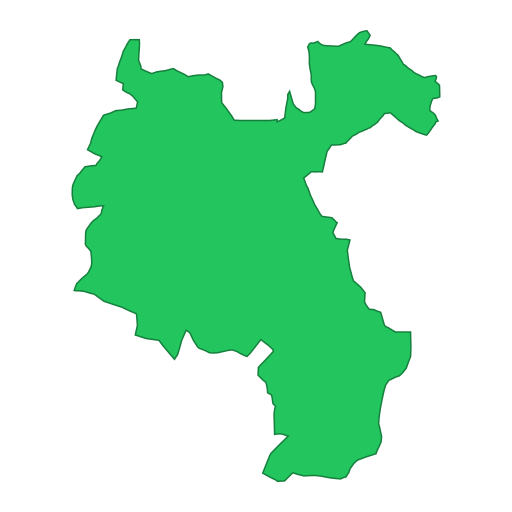 Al-Mosul, Ninawa, Iraq
{"feature_id": "34846034B66599568712680", "entity_name": "Al-Mosul", "entity_type": "district", "adm_level": 2, "iso_a3": "IRQ", "parent_name": "Iraq", "parent_adm1": "Ninawa", "projection": "natural_earth1", "projection_center": [43.075, 36.099], "detail": "fine", "context": "isolated", "style": "filled", "palette": "green", "viewbox_px": 512, "rotation_deg": 0, "n_neighbors": 0, "source": "geoboundaries", "source_scale": "gbopen_adm2", "svg_char_len": 5502}
<svg xmlns="http://www.w3.org/2000/svg" viewBox="0 0 512 512"><path d="M438.1,121.0L437.0,119.1L435.3,115.0L433.5,113.2L429.8,110.5L430.0,107.0L430.5,104.5L431.6,101.3L432.6,98.9L433.5,98.4L437.3,97.9L439.8,96.8L439.5,85.2L438.6,84.3L435.1,81.3L436.1,78.9L436.5,76.8L435.5,75.5L432.5,75.9L428.1,76.6L424.4,77.6L422.0,76.6L419.2,75.1L415.9,73.6L414.0,72.5L411.7,70.4L408.6,68.4L407.3,67.4L405.8,65.7L403.3,64.3L402.2,62.2L399.0,56.9L398.1,55.2L395.8,53.4L394.6,52.0L392.2,50.1L390.2,47.9L385.5,47.1L381.4,46.1L375.9,45.3L367.3,44.5L364.9,44.1L366.6,41.2L368.5,38.7L370.1,35.3L369.6,34.5L366.9,30.7L363.3,31.4L359.8,32.5L358.3,33.6L355.4,36.4L352.2,39.9L350.4,41.7L346.3,42.8L340.2,45.5L338.5,46.3L327.1,45.8L323.1,45.3L321.1,44.4L318.8,42.6L317.9,41.5L316.6,42.0L313.4,43.1L310.6,43.0L309.2,44.1L308.4,45.7L307.9,46.5L307.8,47.6L308.2,48.7L308.9,51.5L309.2,53.8L309.4,57.4L309.4,60.1L309.3,63.5L310.0,68.4L310.6,71.6L311.2,74.3L311.2,76.3L311.2,79.8L311.5,82.2L312.4,84.4L314.2,87.9L315.5,91.6L315.5,94.8L315.5,101.4L315.5,103.8L314.9,107.3L314.6,108.9L309.7,112.4L303.7,112.6L300.9,111.1L298.6,109.1L296.5,108.0L294.6,105.7L293.3,104.0L291.5,98.1L289.6,91.3L287.8,94.4L287.7,98.4L286.0,107.3L285.2,113.4L284.7,118.0L279.7,120.7L277.2,121.8L277.1,119.7L269.3,120.5L252.2,120.5L240.8,120.5L234.2,120.2L231.7,116.0L226.3,108.4L221.7,102.7L221.5,96.2L221.5,92.5L222.9,86.6L222.4,82.4L219.9,80.1L215.1,77.8L208.3,73.9L204.4,75.0L199.2,75.0L193.5,75.6L188.2,76.7L186.4,75.6L183.5,73.9L176.9,70.8L173.9,68.8L172.1,68.8L169.3,69.6L164.8,70.8L161.6,71.1L156.6,71.9L151.8,73.6L145.7,71.1L140.9,68.8L140.9,66.3L140.0,64.0L139.1,61.7L138.6,60.3L138.8,55.2L139.3,48.7L139.5,43.1L139.3,39.7L130.0,39.7L127.4,43.6L124.9,48.5L123.3,51.2L123.0,52.3L121.7,56.5L120.3,60.2L119.2,63.2L118.1,66.9L117.3,68.6L116.4,77.0L116.1,80.3L120.1,82.2L123.3,83.6L122.7,89.8L125.5,91.8L129.9,93.9L132.9,96.3L137.6,102.0L136.2,108.2L127.4,109.0L122.1,110.1L115.8,110.6L110.6,113.0L103.6,115.2L102.3,117.3L97.2,125.9L95.5,129.4L91.9,138.1L90.5,143.4L87.5,149.7L94.9,153.9L101.8,156.7L99.5,160.7L97.2,163.3L95.8,165.5L92.2,165.7L89.4,166.1L85.0,166.8L82.0,170.3L79.5,173.6L77.2,175.5L76.2,177.7L74.7,180.8L73.0,184.7L72.4,187.3L72.3,190.4L72.2,195.0L72.9,199.6L74.5,204.2L77.5,208.6L82.6,207.7L94.1,206.8L100.1,205.9L103.6,205.9L102.0,209.7L101.2,213.6L99.9,215.1L96.7,218.2L93.2,220.8L91.1,223.0L88.6,226.5L87.2,228.5L86.0,230.7L85.6,233.3L85.4,244.2L86.1,245.8L88.9,248.8L90.9,251.4L91.6,258.7L91.7,263.7L91.2,266.5L88.7,271.8L87.0,274.2L84.0,276.6L81.7,278.6L80.2,280.1L78.3,282.1L76.9,283.4L75.6,286.2L74.2,290.4L75.8,290.8L79.0,290.8L83.9,291.3L87.6,292.4L90.8,293.4L94.2,294.1L98.6,297.4L104.0,301.3L115.9,305.3L121.9,307.2L130.3,311.2L136.2,313.6L136.7,316.0L137.4,325.4L135.3,335.0L146.0,338.5L154.0,339.6L158.9,340.3L163.0,345.7L170.8,355.0L174.5,359.3L177.3,355.0L177.3,354.9L178.0,353.4L180.5,344.7L181.7,340.3L184.2,334.6L186.1,330.2L189.7,332.6L190.7,334.6L193.4,340.3L197.4,346.6L199.0,348.2L203.6,349.9L206.1,351.0L209.3,352.7L210.4,352.8L213.7,353.0L216.9,352.8L217.9,352.7L227.6,350.5L228.5,350.3L232.2,349.9L234.1,350.5L236.7,351.4L240.9,353.8L242.4,354.5L246.9,356.5L248.9,354.5L250.6,352.7L255.0,347.1L258.4,342.7L260.9,339.6L264.9,342.7L268.3,345.3L273.2,349.7L273.1,351.7L264.0,361.5L260.7,364.8L258.4,367.4L258.2,370.9L258.0,375.1L262.8,379.9L266.0,382.5L267.2,387.8L267.6,392.8L270.9,394.5L271.8,395.9L272.3,398.7L272.7,402.2L273.1,404.0L274.6,405.1L275.4,406.4L274.6,409.6L274.1,413.1L274.1,416.4L274.3,423.0L274.6,433.9L274.6,434.4L275.9,434.2L277.8,433.9L281.1,433.9L281.3,433.9L282.4,434.2L283.8,434.6L288.1,436.1L284.9,439.4L279.4,444.7L275.2,449.0L271.1,453.2L269.9,455.2L262.7,473.1L270.1,477.2L275.6,479.9L277.5,481.3L284.6,480.9L290.7,474.8L292.8,472.8L298.1,474.5L302.7,475.5L303.5,475.9L312.0,475.5L315.9,475.5L321.4,476.2L330.4,477.9L337.0,478.6L340.6,478.9L343.6,477.5L346.0,476.9L348.8,472.5L350.1,468.7L353.7,463.6L357.3,460.2L360.8,458.9L365.2,457.2L372.6,454.8L375.9,453.8L377.5,449.7L379.2,446.3L381.1,441.9L381.6,436.8L379.4,426.3L378.6,423.9L378.8,421.4L378.9,419.2L379.7,412.7L380.2,409.3L382.2,398.8L384.1,390.3L385.7,384.9L388.7,380.5L395.6,377.1L399.4,375.8L402.7,372.7L406.2,368.3L408.4,362.2L410.6,356.4L410.9,346.6L410.6,334.8L410.6,332.0L395.5,332.0L393.0,330.6L388.1,327.6L385.6,326.6L384.3,324.9L380.7,312.3L376.4,310.8L373.9,309.6L369.2,309.3L366.3,305.3L364.5,301.9L365.1,292.8L360.8,287.3L356.4,283.3L353.5,280.9L352.3,277.3L350.2,269.4L349.7,267.8L348.2,257.4L347.3,250.2L348.8,244.5L350.0,240.0L346.6,239.2L341.3,239.2L336.0,238.5L332.9,232.6L334.3,228.8L337.2,222.7L336.2,222.1L332.3,218.0L330.5,217.5L326.4,217.0L322.1,216.4L320.0,213.8L317.8,209.8L314.8,204.9L312.6,199.8L310.4,195.2L308.1,188.5L306.5,185.7L304.5,180.1L303.7,177.9L305.1,176.9L306.7,175.7L306.9,175.4L309.5,173.3L311.3,171.7L315.4,171.9L318.8,171.7L322.4,171.9L322.7,170.4L323.7,166.3L325.4,158.5L327.2,151.0L328.1,150.1L331.5,145.0L332.2,145.0L334.3,145.0L340.5,144.7L344.3,143.4L345.9,143.1L347.8,140.9L350.1,138.6L352.4,136.1L355.2,134.7L356.8,133.9L359.4,132.1L361.8,131.3L364.2,130.2L366.6,129.3L368.2,128.3L370.2,127.7L372.0,126.1L374.9,124.2L377.6,122.1L379.7,119.2L383.0,115.7L384.5,113.5L386.0,113.4L388.4,113.2L389.3,112.6L390.4,112.9L393.4,115.4L396.7,118.3L399.5,120.8L403.3,123.2L405.8,125.4L410.1,128.0L413.0,129.6L416.1,131.6L419.2,132.8L424.8,134.7L426.6,135.1L428.4,133.1L430.6,129.9L432.9,126.6L435.2,123.7L435.7,121.9L438.1,121.0Z" fill="#22c55e" stroke="#15803d" stroke-width="1.5"/></svg>